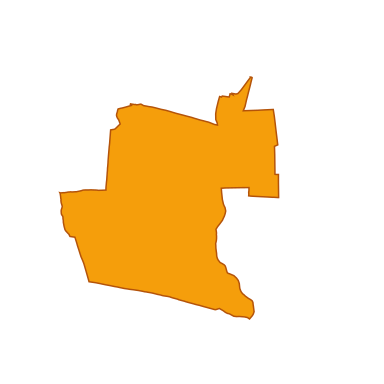 outline of Persinari, Dâmbovita, Romania, rotated 30°
{"feature_id": "2599482B61743752666633", "entity_name": "Persinari", "entity_type": "district", "adm_level": 2, "iso_a3": "ROU", "parent_name": "Romania", "parent_adm1": "Dâmbovita", "projection": "equal_earth", "projection_center": [25.49, 44.799], "detail": "fine", "context": "isolated", "style": "filled", "palette": "amber", "viewbox_px": 384, "rotation_deg": 30, "n_neighbors": 0, "source": "geoboundaries", "source_scale": "gbopen_adm2", "svg_char_len": 4968}
<svg xmlns="http://www.w3.org/2000/svg" viewBox="0 0 384 384"><g transform="rotate(30 192 192)"><path d="M305.3,273.2L306.1,268.9L306.1,267.0L305.6,264.6L303.7,262.1L302.2,260.1L301.2,258.9L300.0,257.2L298.6,256.2L296.8,255.9L295.2,255.9L293.9,255.9L290.2,255.5L288.3,255.0L286.7,254.8L285.0,254.1L283.9,253.5L281.6,251.6L280.5,250.1L278.7,247.6L276.3,245.5L273.6,244.3L270.1,243.5L266.6,243.9L265.1,244.1L263.8,244.4L262.8,244.1L261.9,243.4L260.3,241.8L259.1,240.6L257.8,239.5L256.4,239.0L254.2,238.9L251.5,239.0L248.2,237.6L246.7,236.4L245.6,235.3L244.7,234.0L244.0,232.9L243.3,232.0L242.2,230.6L240.7,228.6L239.6,226.8L238.2,224.7L237.8,223.2L237.2,221.5L236.5,220.0L235.3,217.9L234.4,216.7L233.8,215.4L233.1,214.4L231.4,212.3L231.5,209.2L232.0,205.8L232.5,201.3L232.3,199.5L232.1,196.8L231.5,194.0L230.7,191.6L228.4,189.0L226.4,187.7L225.1,186.6L223.9,185.3L222.2,183.5L218.1,177.9L217.0,176.3L215.5,174.1L218.9,171.8L232.5,163.6L239.1,159.7L240.3,161.7L240.9,163.0L241.1,163.7L242.4,165.7L242.9,166.7L242.9,166.8L243.0,167.0L245.1,166.1L248.5,164.4L251.8,162.7L253.2,162.0L256.3,160.4L261.2,157.9L263.2,156.9L264.8,156.1L265.2,155.8L269.5,153.7L269.8,153.5L261.9,140.2L258.1,133.6L255.8,134.9L254.9,135.1L254.0,133.5L245.1,118.5L240.6,111.2L242.7,108.3L233.2,95.7L230.1,91.5L225.6,85.5L221.1,79.9L212.1,85.7L208.3,88.2L195.8,96.0L195.3,92.7L195.2,91.6L193.1,84.8L192.3,81.8L191.0,77.3L189.6,72.2L188.8,69.4L188.0,66.8L187.2,63.9L187.0,63.0L186.5,62.8L185.9,62.9L185.0,63.3L185.3,63.6L184.8,67.6L183.9,75.9L183.5,79.1L182.9,82.1L182.5,83.8L181.1,85.2L177.5,86.5L178.8,87.4L177.3,87.4L175.9,87.9L176.5,90.2L176.7,91.1L175.2,91.8L172.6,92.8L170.2,93.8L170.1,95.0L168.2,95.5L169.3,100.0L171.5,107.5L172.8,110.9L173.5,112.6L176.4,117.4L179.2,119.5L180.6,121.3L177.6,122.3L174.2,122.8L172.1,123.1L171.1,123.3L169.1,123.9L166.4,124.6L163.7,125.4L161.8,125.9L159.1,126.5L157.2,127.0L155.6,127.3L154.3,127.6L148.9,129.1L146.2,129.8L139.0,131.8L135.7,132.6L132.6,133.3L128.6,134.3L126.2,135.1L123.8,135.9L118.6,137.3L114.9,138.4L111.7,139.7L109.3,140.5L108.0,141.0L106.8,141.4L104.2,141.4L103.8,141.5L103.4,141.7L101.9,143.1L100.5,144.2L100.2,144.3L99.4,144.4L98.5,145.0L97.6,145.3L96.9,145.6L95.6,146.1L95.2,146.3L94.7,146.4L94.7,146.5L94.9,147.1L96.2,147.4L94.8,148.8L94.6,149.0L92.5,151.2L89.5,154.2L88.3,155.2L87.0,156.5L86.5,157.0L86.7,158.3L87.2,159.7L87.6,161.5L87.8,162.3L88.4,163.5L89.2,164.3L90.4,165.2L92.6,166.3L95.8,169.0L95.5,170.1L95.1,171.4L94.4,174.0L94.0,175.3L93.7,176.1L93.3,176.6L92.8,177.0L91.8,177.8L90.5,178.9L96.3,191.0L97.4,193.5L97.5,193.8L99.2,197.4L101.4,202.1L102.6,204.6L103.8,207.1L104.7,208.8L106.1,211.7L106.8,213.4L107.4,214.5L108.0,215.7L108.1,215.8L108.7,217.2L109.2,218.2L111.0,221.9L111.4,222.7L112.3,224.6L112.5,225.1L113.2,226.7L114.0,228.4L115.1,230.8L116.5,233.4L115.2,234.2L113.8,235.1L111.5,236.5L110.4,237.2L109.8,237.5L109.2,237.7L109.0,237.8L108.8,237.9L108.3,238.1L106.2,239.2L104.7,240.0L103.5,240.6L102.4,241.3L101.5,241.9L99.8,242.9L98.4,243.7L96.9,244.7L96.1,245.5L95.5,246.2L94.1,247.5L93.1,248.4L92.4,249.0L91.8,249.6L91.2,249.9L89.1,251.3L88.2,251.9L87.4,252.3L86.7,252.6L85.8,253.3L85.0,253.8L84.5,254.2L83.9,254.7L83.4,255.2L82.7,255.7L82.0,256.3L80.8,257.0L79.1,258.2L78.7,258.5L77.9,258.7L78.5,259.1L80.7,261.9L81.2,262.7L81.6,263.2L82.0,263.6L82.4,264.1L82.6,264.6L82.9,265.2L83.3,265.7L84.0,266.6L84.9,267.5L85.5,268.0L86.2,268.7L86.7,269.1L86.9,269.6L87.1,270.1L87.4,271.2L87.6,272.3L87.8,273.0L88.0,273.5L88.2,273.9L88.7,274.7L89.2,275.4L89.6,276.0L89.9,276.4L90.3,276.6L90.8,277.0L91.2,277.2L91.6,277.4L92.1,277.6L92.4,277.9L92.7,278.2L93.0,278.6L93.1,278.8L93.4,279.3L94.0,280.1L94.7,280.9L94.9,281.2L95.1,281.5L95.3,281.8L95.4,282.1L95.6,282.4L96.0,282.9L98.4,285.7L100.6,287.9L101.8,288.7L104.6,289.6L107.0,290.3L107.5,290.9L108.6,291.5L113.2,289.7L114.2,290.6L117.7,293.8L119.6,295.7L123.3,299.0L124.9,300.5L128.2,303.5L131.3,305.8L133.7,307.7L134.8,308.7L137.2,311.0L139.5,313.2L142.9,316.5L146.8,320.3L147.7,321.2L154.0,318.7L159.0,317.0L159.4,316.9L163.4,315.6L167.6,314.1L172.2,312.6L174.8,311.6L177.1,310.9L179.8,310.0L181.1,309.6L181.7,309.4L184.6,308.2L186.8,307.4L190.0,306.0L191.8,305.3L194.8,304.1L198.5,302.8L201.1,302.0L201.9,301.6L202.1,301.5L203.9,300.9L205.5,300.3L208.0,299.4L210.1,298.8L212.6,298.1L213.7,297.8L214.8,297.4L216.3,296.9L217.8,296.6L219.1,296.2L221.6,295.2L223.1,294.6L225.2,293.9L226.0,293.8L228.0,293.4L233.2,292.0L233.5,291.9L234.0,292.0L234.5,291.9L235.2,291.7L236.4,291.4L237.5,291.1L238.9,290.7L240.0,290.4L241.6,290.1L242.8,289.8L244.0,289.5L244.7,289.3L245.5,289.1L247.3,288.6L250.0,287.9L251.3,287.6L253.0,287.1L255.2,286.4L256.6,286.1L259.8,285.3L262.0,284.7L264.7,284.0L267.7,283.2L269.3,282.8L270.7,282.4L271.4,282.0L272.3,281.0L273.4,279.8L273.9,279.2L278.5,279.2L280.8,279.5L282.0,279.5L283.4,279.4L285.3,278.8L290.3,278.7L292.9,277.6L295.1,276.2L298.7,274.5L299.7,274.0L302.8,273.0L305.3,273.2Z" fill="#f59e0b" stroke="#b45309" stroke-width="1.5"/></g></svg>